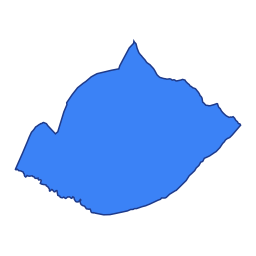 outline of San Juan del Río, Oaxaca, Mexico
{"feature_id": "50627088B41598695930571", "entity_name": "San Juan del Río", "entity_type": "district", "adm_level": 2, "iso_a3": "MEX", "parent_name": "Mexico", "parent_adm1": "Oaxaca", "projection": "equal_earth", "projection_center": [-96.163, 16.897], "detail": "fine", "context": "isolated", "style": "filled", "palette": "blue", "viewbox_px": 256, "rotation_deg": 0, "n_neighbors": 0, "source": "geoboundaries", "source_scale": "gbopen_adm2", "svg_char_len": 3212}
<svg xmlns="http://www.w3.org/2000/svg" viewBox="0 0 256 256"><path d="M133.9,41.2L133.6,43.3L129.3,47.9L122.7,60.2L119.8,65.7L118.8,68.9L118.6,68.9L111.7,70.2L97.0,73.7L94.0,75.3L93.8,75.4L91.0,77.0L90.0,77.9L85.8,81.5L84.6,82.3L83.0,83.4L77.9,87.5L77.7,87.6L72.2,94.6L66.7,102.7L66.9,104.7L63.9,111.8L57.8,131.8L55.4,133.8L47.8,125.7L47.0,124.5L46.5,123.8L45.8,123.4L44.5,122.9L43.7,122.5L42.8,122.7L41.8,123.5L40.7,123.6L40.1,124.1L39.1,124.6L36.9,126.2L35.6,127.0L34.0,129.4L33.0,130.6L31.5,132.2L29.6,136.3L29.1,137.4L27.6,141.2L23.7,150.4L22.5,153.3L21.5,155.5L15.4,169.3L15.8,169.7L16.0,169.8L16.2,169.2L16.3,169.2L16.5,169.2L17.1,169.2L17.4,169.3L18.6,170.6L20.7,170.9L23.1,172.0L23.6,173.3L24.1,173.8L24.4,175.4L24.8,176.3L25.7,177.0L26.4,176.4L27.1,175.5L27.8,175.9L29.3,176.2L32.2,175.8L32.8,176.5L33.9,176.7L34.8,178.0L35.4,178.3L35.9,178.4L38.1,178.2L38.0,178.9L38.8,180.0L40.3,179.7L41.1,180.2L41.2,180.9L40.3,183.4L41.9,184.2L44.0,184.6L44.4,184.6L46.0,184.9L46.3,185.8L46.9,186.2L47.7,186.6L48.5,187.8L49.4,188.9L49.5,190.8L49.8,191.1L50.4,190.8L51.7,189.5L52.2,189.6L54.2,191.8L54.9,191.8L56.2,190.6L56.9,190.6L57.8,195.3L59.9,196.3L60.3,197.3L61.3,197.6L62.3,197.8L63.8,197.1L65.4,198.4L66.0,198.3L67.6,197.0L69.6,196.9L71.3,198.3L71.9,198.2L72.8,196.8L73.9,197.5L74.3,199.3L75.7,201.5L76.7,201.9L78.2,201.9L79.6,200.6L80.3,199.5L80.8,200.0L80.1,201.3L80.2,202.5L81.1,204.5L82.5,205.5L84.6,206.2L86.4,208.8L88.7,209.2L90.1,209.1L90.6,210.1L91.0,211.7L91.6,212.5L93.4,212.9L93.7,212.6L95.1,213.1L103.6,214.8L110.0,214.6L115.4,213.5L127.5,210.9L130.6,209.5L133.1,209.4L134.5,208.6L136.5,208.6L142.0,206.7L145.8,205.7L147.4,205.0L149.5,204.2L158.0,200.2L160.5,199.3L161.5,198.0L165.0,198.0L166.3,197.4L169.5,194.3L175.5,190.6L176.2,190.4L186.2,180.5L189.1,175.9L190.1,174.9L191.8,173.4L194.7,170.6L196.2,168.0L198.9,165.5L200.7,162.2L202.7,161.4L204.3,158.3L207.5,156.9L209.6,155.9L214.6,152.5L216.1,151.6L219.9,147.6L222.6,143.5L224.4,141.7L225.4,140.0L227.7,138.3L228.5,138.1L229.8,137.4L232.3,134.9L240.6,125.2L240.1,124.2L239.7,123.8L238.9,123.7L238.4,123.5L237.3,121.5L236.7,121.2L236.3,120.8L235.6,120.0L234.6,118.2L233.1,116.7L231.7,117.2L230.5,117.0L229.0,117.4L228.3,116.9L226.4,115.9L225.4,115.1L223.9,113.7L222.6,112.4L221.4,110.9L220.1,108.5L219.2,107.8L218.5,106.8L218.0,105.4L217.5,103.8L216.9,103.6L213.8,104.7L212.6,105.0L210.7,105.6L208.8,105.8L208.1,105.5L205.8,105.2L204.0,103.2L202.7,102.1L202.4,100.5L202.1,98.5L201.7,97.4L200.6,96.0L200.1,95.7L199.9,95.4L199.7,94.5L199.0,93.3L198.7,92.8L198.0,91.8L197.3,91.0L195.8,89.1L195.2,88.6L192.6,87.7L191.9,87.0L191.3,86.5L190.5,86.2L190.0,85.8L189.3,84.7L189.1,84.5L187.6,83.3L186.8,82.5L185.6,81.2L185.0,80.1L182.6,79.4L181.0,80.0L176.9,80.9L176.0,80.9L174.9,80.1L174.5,79.9L173.9,79.8L173.6,79.8L173.2,79.9L172.3,80.1L171.8,79.8L171.0,79.2L169.8,78.8L167.6,79.1L166.9,79.2L166.3,79.0L165.0,78.7L164.1,78.6L163.6,78.5L159.9,77.4L159.6,77.2L159.0,76.7L157.4,75.2L156.9,74.6L155.7,72.4L154.8,70.7L153.5,68.6L149.9,64.7L147.1,62.8L146.3,61.9L144.9,59.8L143.6,58.4L142.2,56.8L141.3,55.6L140.5,54.9L138.8,52.6L137.7,49.8L137.1,48.2L136.0,43.8L135.4,43.1L134.4,42.1L133.9,41.2Z" fill="#3b82f6" stroke="#1e3a8a" stroke-width="1.5"/></svg>